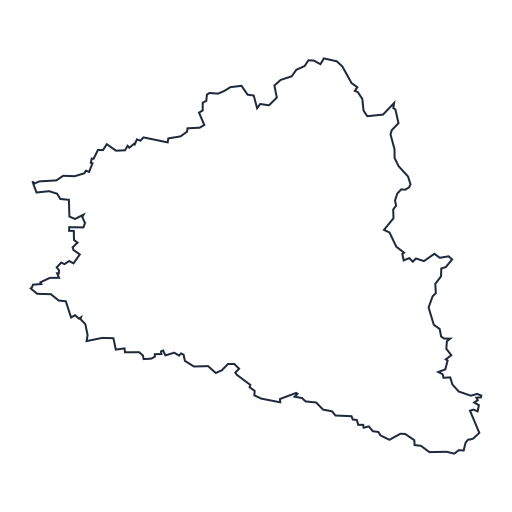 the district of Prilep, Prilep, North Macedonia
{"feature_id": "65306769B638558710054", "entity_name": "Prilep", "entity_type": "district", "adm_level": 2, "iso_a3": "MKD", "parent_name": "North Macedonia", "parent_adm1": "Prilep", "projection": "robinson", "projection_center": [21.661, 41.283], "detail": "fine", "context": "isolated", "style": "outline", "palette": "slate", "viewbox_px": 512, "rotation_deg": 0, "n_neighbors": 0, "source": "geoboundaries", "source_scale": "gbopen_adm2", "svg_char_len": 3113}
<svg xmlns="http://www.w3.org/2000/svg" viewBox="0 0 512 512"><path d="M357.4,87.2L351.6,83.2L342.3,66.4L336.8,61.3L323.9,58.4L320.4,64.2L313.9,60.6L308.4,60.3L304.7,66.0L296.3,69.8L291.7,76.3L280.7,79.9L274.4,85.5L276.8,97.6L269.0,105.3L260.2,104.0L257.1,108.2L253.7,95.5L247.6,94.7L241.5,85.8L230.3,87.2L224.2,91.0L218.1,93.6L209.5,93.0L206.9,94.6L206.3,100.9L202.7,102.7L202.7,110.5L199.0,112.6L204.3,125.0L199.6,127.7L187.5,128.3L187.0,131.7L180.5,136.4L168.3,138.4L167.7,142.4L143.5,137.4L140.4,140.7L136.9,139.4L134.3,145.5L135.3,142.8L129.3,147.7L127.6,145.8L125.0,150.3L116.0,150.7L106.8,144.2L103.0,150.1L97.9,150.0L93.6,158.8L91.7,158.5L90.8,162.8L92.5,163.3L89.1,171.9L85.9,170.7L84.3,173.3L74.7,176.2L63.2,175.8L56.3,180.4L39.4,181.4L34.6,183.4L32.4,181.4L36.5,192.5L49.1,191.2L57.1,193.7L60.3,199.0L68.9,199.8L69.4,216.5L74.9,219.0L83.6,214.6L82.3,217.1L85.0,223.0L83.4,227.4L69.2,227.2L69.1,230.8L73.8,230.9L74.0,240.0L77.5,242.6L72.6,247.4L73.5,250.0L79.8,254.4L73.5,263.4L69.2,261.0L64.5,264.1L61.2,262.6L56.7,267.4L59.0,270.3L58.8,273.4L57.1,273.3L59.1,277.8L49.8,277.9L40.4,282.3L41.3,284.0L32.9,284.7L32.2,286.9L30.7,288.4L37.2,293.8L50.9,294.2L58.6,300.5L65.8,301.3L71.1,317.5L75.0,315.2L79.0,318.6L81.0,317.3L80.4,319.1L85.3,324.1L87.6,335.2L86.6,341.1L102.2,337.9L113.4,338.2L115.8,349.6L124.5,348.4L125.0,352.3L139.1,352.2L143.0,355.6L143.6,359.1L151.5,358.6L154.9,356.6L154.8,354.2L161.4,354.0L161.0,351.4L163.1,350.5L165.4,355.4L174.2,352.7L179.1,355.6L181.1,353.4L183.6,354.7L184.9,360.9L193.9,366.5L208.0,366.1L215.8,373.0L221.8,370.3L228.0,364.0L234.3,364.0L239.1,368.7L235.3,372.5L236.8,374.8L250.3,384.9L249.6,387.2L254.7,391.0L254.3,395.3L261.2,398.6L280.2,402.3L280.0,399.0L296.2,392.9L297.5,393.8L294.6,396.7L302.1,398.1L305.5,401.4L316.2,402.5L323.0,409.6L332.0,411.3L335.4,415.5L351.5,416.2L352.7,419.5L356.8,420.0L358.3,424.9L363.2,424.8L363.6,427.7L368.8,426.4L372.8,431.2L378.4,432.0L380.5,435.4L389.4,439.8L400.3,433.8L405.1,433.9L414.3,440.2L414.6,445.1L420.9,445.8L429.4,452.1L446.6,451.8L454.2,453.6L458.8,450.2L463.7,450.5L464.9,445.3L465.8,442.3L468.0,439.7L470.1,439.5L473.1,438.6L473.6,438.2L478.1,434.0L479.3,432.8L470.0,410.7L473.6,409.6L477.6,411.4L478.9,405.2L474.2,402.5L477.7,400.2L476.4,397.7L480.9,397.4L481.3,395.6L477.1,393.9L470.8,395.7L458.7,391.5L452.4,384.5L450.2,377.4L443.5,377.8L442.6,374.2L438.3,372.0L445.3,369.4L447.6,360.5L445.8,359.4L451.3,355.2L446.3,348.8L446.9,341.3L450.2,338.6L444.2,338.6L441.1,336.5L439.7,329.0L433.8,324.8L428.6,307.5L432.6,296.3L435.8,293.2L435.3,283.8L441.0,276.4L441.3,268.5L445.9,267.0L452.1,259.4L448.6,256.3L439.8,257.8L434.4,253.8L423.9,261.1L416.0,258.5L412.8,261.7L409.3,258.1L403.7,260.4L402.3,254.0L404.1,252.7L396.3,246.7L389.5,232.5L384.0,229.9L393.5,218.2L393.2,209.5L396.1,205.6L395.0,200.6L397.2,193.7L401.2,189.4L405.3,189.7L409.2,187.2L410.5,184.4L408.1,176.6L398.6,166.2L394.6,158.0L394.5,149.2L390.5,134.4L391.8,130.1L398.5,123.2L395.4,109.5L393.3,108.0L394.1,103.0L383.0,114.6L367.3,116.2L363.5,110.5L362.3,98.9L357.8,92.1L354.8,90.8L357.4,87.2Z" fill="none" stroke="#1e293b" stroke-width="2"/></svg>